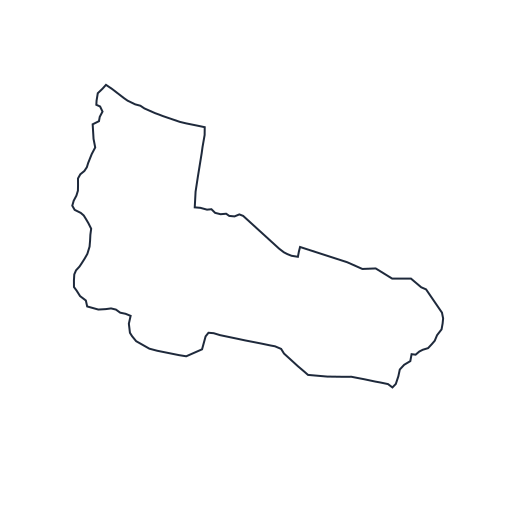 outline of Cruz, Ceará, Brazil, rotated 17°
{"feature_id": "56859067B90634068804727", "entity_name": "Cruz", "entity_type": "district", "adm_level": 2, "iso_a3": "BRA", "parent_name": "Brazil", "parent_adm1": "Ceará", "projection": "natural_earth1", "projection_center": [-40.336, -2.885], "detail": "fine", "context": "isolated", "style": "outline", "palette": "slate", "viewbox_px": 512, "rotation_deg": 17, "n_neighbors": 0, "source": "geoboundaries", "source_scale": "gbopen_adm2", "svg_char_len": 1894}
<svg xmlns="http://www.w3.org/2000/svg" viewBox="0 0 512 512"><g transform="rotate(17 256 256)"><path d="M169.3,147.8L161.7,148.5L150.4,149.6L144.0,150.0L131.5,149.6L125.7,149.4L121.9,149.1L117.8,148.9L106.1,147.5L101.5,146.1L96.1,146.3L87.8,145.0L83.5,143.6L69.4,138.3L62.5,136.2L60.2,141.1L57.1,146.6L58.1,154.0L59.1,158.1L63.2,158.6L67.0,162.8L65.9,168.6L66.4,173.0L61.3,177.8L66.4,191.5L70.5,199.2L69.1,206.6L68.7,211.4L68.3,216.2L68.3,220.5L67.0,224.9L64.1,229.2L63.1,233.9L65.1,240.3L66.6,245.6L66.6,250.8L65.5,256.4L65.6,261.6L69.1,264.9L75.8,266.0L79.4,267.6L82.5,270.3L86.0,273.5L90.4,278.1L91.4,284.1L92.9,290.1L94.1,295.7L94.1,303.3L92.9,308.6L91.5,313.7L90.3,317.7L88.1,322.3L87.6,326.7L89.0,332.5L91.0,338.9L94.5,341.5L99.5,345.8L106.3,348.3L109.3,353.6L120.9,353.3L127.9,350.7L132.7,348.5L137.7,348.2L142.7,349.9L148.2,349.4L153.6,349.9L154.2,357.9L157.9,366.3L160.9,368.9L166.3,372.5L181.1,375.8L189.2,375.5L211.5,373.3L218.6,372.3L231.7,361.0L231.3,347.6L233.0,343.3L238.1,342.2L244.7,342.2L263.3,340.5L270.3,339.9L279.7,338.9L287.5,338.1L296.3,337.3L300.5,336.8L307.2,337.5L311.3,341.1L328.4,349.2L336.3,352.6L340.5,354.5L359.3,350.5L375.5,345.8L382.5,343.6L388.3,343.0L395.6,342.2L406.9,341.2L411.9,340.6L419.7,339.9L424.9,341.8L427.1,337.5L427.3,329.4L426.7,322.5L429.5,316.7L434.3,311.4L433.5,304.4L437.5,303.7L440.1,299.6L442.9,296.9L447.5,293.8L449.9,288.9L451.7,284.8L452.3,278.8L454.9,271.9L454.2,266.0L453.2,261.0L450.4,255.8L428.4,238.2L423.1,237.6L415.9,234.5L410.8,232.3L392.8,237.8L374.1,232.9L361.5,237.3L345.1,235.3L295.5,234.5L295.7,239.0L296.3,244.5L289.9,245.4L285.3,245.0L281.5,244.3L275.9,242.2L232.0,221.4L227.9,221.1L223.9,224.4L218.7,225.5L215.1,224.3L209.9,226.4L204.3,226.7L199.7,224.3L195.6,226.0L188.7,226.2L183.2,227.4L179.4,212.1L177.2,197.0L174.0,173.6L173.0,167.4L171.5,155.3L169.3,147.8Z" fill="none" stroke="#1e293b" stroke-width="2"/></g></svg>